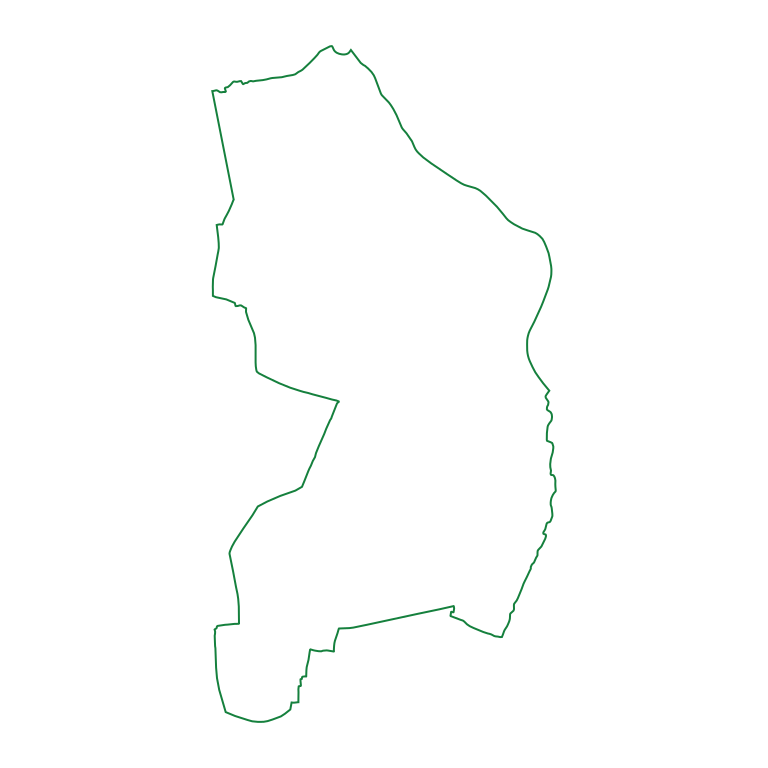 Wat Phleng, Ratchaburi, Thailand
{"feature_id": "78962969B25106488333665", "entity_name": "Wat Phleng", "entity_type": "district", "adm_level": 2, "iso_a3": "THA", "parent_name": "Thailand", "parent_adm1": "Ratchaburi", "projection": "robinson", "projection_center": [99.866, 13.45], "detail": "fine", "context": "isolated", "style": "outline", "palette": "green", "viewbox_px": 768, "rotation_deg": 0, "n_neighbors": 0, "source": "geoboundaries", "source_scale": "gbopen_adm2", "svg_char_len": 6007}
<svg xmlns="http://www.w3.org/2000/svg" viewBox="0 0 768 768"><path d="M549.3,390.7L543.1,383.2L538.6,377.1L535.3,372.3L532.6,367.2L529.9,361.4L528.8,358.6L528.0,355.8L527.5,353.2L527.2,350.5L527.1,344.3L527.2,340.2L527.5,338.0L527.9,336.1L528.7,333.2L529.8,330.5L534.3,321.7L541.1,306.8L543.2,301.6L547.8,289.4L548.6,286.9L551.0,276.8L551.3,274.4L551.4,271.2L551.4,269.0L551.1,266.0L549.4,256.9L548.6,253.2L546.2,246.7L544.2,242.0L542.4,238.8L539.7,236.0L537.4,234.1L535.2,232.8L527.6,230.4L522.3,228.6L514.1,224.3L510.9,222.2L508.2,220.2L506.3,218.2L503.0,214.0L497.0,206.8L485.9,195.6L480.3,190.8L477.9,189.3L475.3,188.1L466.9,185.7L464.2,184.8L461.2,183.3L456.5,180.4L446.9,174.0L431.1,163.3L423.2,157.4L418.9,153.4L417.1,151.5L415.6,149.4L414.4,147.0L412.0,141.3L406.5,133.3L402.9,129.2L401.8,127.6L396.5,115.1L393.3,109.0L390.9,105.2L388.9,102.5L382.9,96.3L381.7,95.0L380.9,93.6L375.1,78.1L373.8,75.3L371.5,72.0L368.4,68.8L365.1,65.9L363.4,65.0L360.7,62.9L350.9,50.0L349.2,52.4L348.0,53.4L347.5,53.7L346.1,54.2L344.1,54.5L342.0,54.4L339.2,53.8L336.8,52.8L336.2,52.4L335.2,51.6L334.7,51.1L333.9,50.0L332.6,47.1L332.1,46.3L331.8,46.1L331.5,46.1L329.9,46.4L320.8,51.0L319.8,51.7L318.9,52.7L317.5,54.7L314.7,57.8L309.6,63.0L302.6,69.6L301.9,70.1L300.6,70.9L298.4,72.0L295.5,74.1L294.9,74.4L292.8,75.0L286.8,76.0L281.8,77.2L272.3,78.0L270.6,78.3L266.5,79.4L262.8,80.1L256.1,80.8L253.5,81.3L252.7,81.3L251.2,81.0L250.5,81.0L248.9,81.5L247.4,82.8L245.1,83.1L243.3,84.1L243.1,84.1L242.8,83.9L241.1,81.1L240.1,81.1L237.2,81.8L236.2,81.8L234.1,81.5L233.3,81.8L232.9,82.1L230.0,85.3L227.8,87.1L225.5,87.6L225.0,88.0L224.9,88.3L224.9,88.6L225.8,91.3L225.8,91.5L225.4,91.9L225.1,92.0L223.0,92.0L221.7,92.3L220.1,92.2L219.6,91.9L217.9,90.8L216.7,90.3L216.2,90.3L213.3,91.0L212.3,91.1L233.7,199.7L233.3,200.3L231.8,204.2L228.9,210.8L226.7,215.0L224.8,218.4L224.3,219.5L222.6,224.2L222.2,224.5L219.3,224.4L217.8,224.7L216.7,225.0L218.2,237.2L218.7,243.1L218.8,246.7L218.8,248.0L218.3,251.3L217.7,254.3L215.5,266.4L213.2,278.0L213.0,279.5L212.8,286.9L212.9,290.0L212.9,295.9L216.0,297.2L226.3,299.4L234.7,302.9L234.9,303.2L235.5,305.8L235.9,306.1L237.7,306.0L239.7,305.4L240.9,305.4L241.4,305.6L244.3,307.5L245.9,308.1L246.1,308.3L246.0,311.9L248.3,319.7L254.0,333.2L255.0,337.7L255.6,345.2L255.6,362.5L255.8,366.4L256.3,369.8L256.7,371.3L257.0,371.8L259.0,373.4L266.9,377.4L279.1,383.2L290.2,387.7L299.8,390.8L303.5,391.9L308.2,393.0L312.5,394.3L326.2,397.9L331.9,399.5L336.4,400.5L338.7,401.4L338.8,401.7L338.8,401.8L337.5,402.9L337.0,403.5L336.7,404.2L331.9,416.4L331.2,418.5L330.1,420.1L326.2,428.8L324.2,434.0L318.8,446.2L316.0,453.1L315.0,457.1L312.8,461.0L310.9,465.7L309.4,468.6L308.3,471.1L304.4,481.0L302.0,486.8L295.4,490.6L280.3,495.9L267.3,501.5L257.8,506.5L252.5,515.2L243.4,528.4L234.7,541.6L232.0,546.5L230.5,550.0L229.7,552.2L229.5,553.7L233.1,571.4L236.0,586.9L237.5,594.0L238.2,598.8L238.8,606.5L239.0,623.5L238.6,623.8L234.5,623.9L227.8,624.6L225.0,624.8L217.7,625.9L217.3,626.1L216.9,626.6L216.7,627.8L216.4,628.3L215.7,628.8L214.8,629.3L214.6,629.5L215.1,631.4L215.1,633.0L214.9,634.6L214.7,635.7L214.8,638.6L215.0,643.8L215.1,646.2L215.4,648.1L216.1,667.7L217.0,678.1L219.2,689.8L225.7,712.1L235.1,716.0L247.6,720.0L252.2,721.3L258.2,721.9L263.6,721.8L267.6,721.1L272.6,719.5L280.9,716.4L285.0,713.7L290.3,709.5L291.6,702.5L293.5,702.7L294.9,702.6L298.2,702.2L298.4,702.2L298.4,700.5L298.5,692.1L298.4,689.3L298.7,686.4L299.0,686.2L300.6,686.0L300.7,685.9L300.8,685.7L300.9,685.3L300.5,680.9L300.5,679.4L300.6,679.2L301.4,679.1L301.8,678.9L302.1,677.2L302.3,676.9L302.6,676.7L304.9,676.4L306.1,676.5L306.2,676.4L306.4,670.3L306.7,667.1L307.3,664.7L308.5,659.9L309.7,651.8L310.1,649.7L310.5,649.4L313.2,650.2L314.9,650.6L318.6,651.2L321.2,651.3L323.0,650.7L326.5,650.4L327.7,650.5L333.7,651.5L333.9,651.4L333.9,651.1L333.9,649.1L334.1,645.8L334.4,643.2L334.9,640.9L337.5,633.2L338.7,629.0L339.0,628.5L349.3,628.1L353.3,627.6L363.4,625.5L366.4,624.9L417.9,613.8L439.4,609.3L453.6,606.1L453.8,606.3L454.1,608.2L454.1,608.7L453.6,611.9L453.5,612.2L453.1,612.3L452.6,612.2L451.5,611.8L451.2,611.9L451.1,612.0L450.5,615.8L450.7,616.1L460.8,619.9L462.4,620.4L463.3,620.8L464.4,621.7L467.0,624.3L469.8,626.2L473.6,628.0L483.3,632.0L487.9,633.5L489.4,633.8L491.2,634.4L492.4,635.0L493.3,635.5L494.2,636.0L494.9,636.2L495.8,636.4L497.9,636.6L500.2,637.1L501.9,637.0L502.9,634.6L504.0,631.4L504.7,629.9L507.0,626.4L507.9,624.5L509.2,621.4L509.7,619.6L509.9,618.4L510.1,614.3L510.3,613.7L510.5,613.4L513.4,610.8L513.9,609.7L514.0,608.8L513.9,605.0L514.2,603.7L516.4,600.9L516.8,600.3L517.9,598.1L521.6,589.1L523.6,583.6L524.8,581.1L527.1,576.5L529.5,571.3L530.6,569.2L530.8,568.6L530.8,567.0L531.6,565.1L532.1,564.3L533.7,562.8L534.0,562.5L536.1,557.7L537.4,555.6L537.5,554.8L537.5,553.0L537.6,551.5L537.7,550.8L538.3,549.8L541.4,546.5L545.2,538.8L545.9,536.6L546.0,535.7L545.8,534.8L545.6,534.5L545.3,534.4L544.4,534.2L543.5,533.8L543.3,533.3L543.3,532.8L543.5,532.1L544.8,530.0L545.3,529.0L546.6,523.8L547.2,522.9L547.9,522.5L549.3,522.2L550.0,521.8L550.6,520.9L551.1,519.6L552.3,516.4L552.4,515.4L552.3,513.4L551.7,508.1L551.4,506.7L550.9,505.5L550.7,504.4L550.7,502.3L550.9,500.5L551.4,498.2L551.8,497.2L552.8,495.0L554.1,493.0L555.5,491.5L555.7,490.8L555.7,490.0L555.4,486.7L555.3,484.2L555.4,480.6L555.1,478.8L554.7,477.4L554.2,476.4L553.6,475.5L553.2,475.2L552.9,475.1L551.5,475.0L551.0,474.8L550.7,474.2L550.6,473.6L551.0,470.6L550.6,468.7L550.3,467.2L550.2,464.1L550.7,460.0L550.9,458.6L552.7,452.4L553.3,448.1L553.3,447.0L553.3,446.4L552.4,443.5L552.1,443.0L550.6,442.2L547.2,440.9L547.0,440.7L546.8,439.8L546.9,433.1L547.6,426.9L548.0,425.5L549.2,423.5L551.3,420.7L551.6,419.9L551.8,418.7L552.0,417.2L552.0,416.4L551.7,414.2L551.0,412.8L550.6,412.2L550.0,411.7L547.6,410.2L547.1,409.7L546.9,409.3L546.9,408.7L547.0,407.3L547.3,406.3L548.1,404.9L548.5,402.3L548.4,401.8L548.1,401.2L545.8,397.8L545.6,396.8L545.6,396.2L546.5,394.6L549.3,390.7Z" fill="none" stroke="#15803d" stroke-width="2"/></svg>